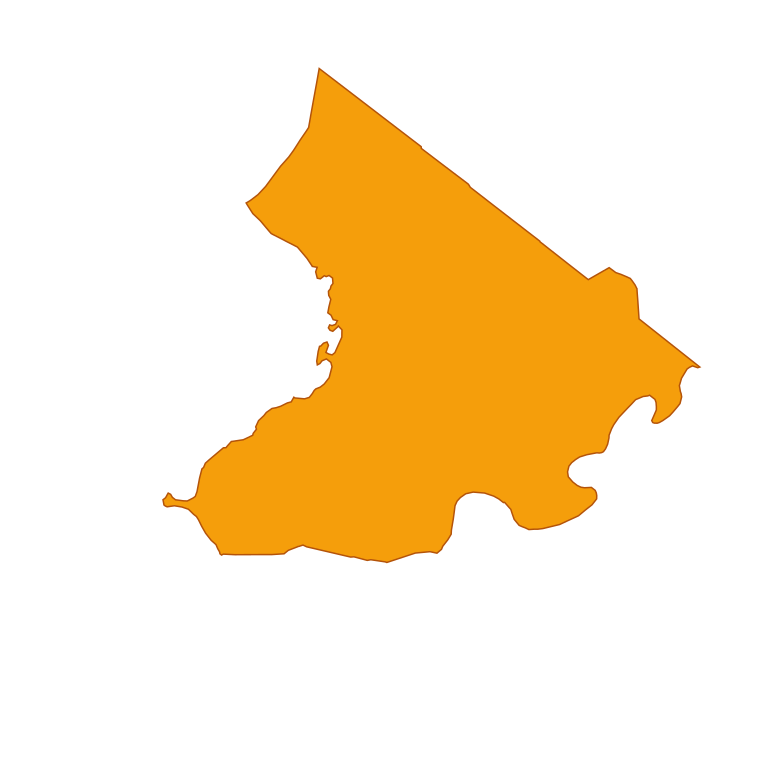 outline of Jokadu, North Bank, Gambia, rotated 38°
{"feature_id": "56634734B78170872061000", "entity_name": "Jokadu", "entity_type": "district", "adm_level": 2, "iso_a3": "GMB", "parent_name": "Gambia", "parent_adm1": "North Bank", "projection": "robinson", "projection_center": [-16.187, 13.51], "detail": "fine", "context": "isolated", "style": "filled", "palette": "amber", "viewbox_px": 768, "rotation_deg": 38, "n_neighbors": 0, "source": "geoboundaries", "source_scale": "gbopen_adm2", "svg_char_len": 3998}
<svg xmlns="http://www.w3.org/2000/svg" viewBox="0 0 768 768"><g transform="rotate(38 384 384)"><path d="M360.4,618.8L361.3,618.8L362.1,617.0L371.6,610.3L391.5,594.6L400.7,587.4L406.2,582.5L409.8,579.3L411.0,574.0L416.1,565.5L416.1,565.2L416.9,564.4L419.3,560.8L423.3,559.9L450.7,547.2L464.3,540.9L466.7,538.7L479.4,533.3L481.8,530.6L494.5,523.4L496.1,522.9L512.8,497.9L523.5,487.8L529.9,484.7L531.1,478.9L530.2,475.7L530.2,467.7L529.8,464.2L529.4,461.0L527.0,457.5L521.7,447.7L517.3,440.2L514.9,436.2L513.7,431.3L514.1,426.4L516.0,420.1L516.7,419.3L520.8,414.3L530.4,408.0L539.5,404.8L543.9,404.1L545.1,403.9L551.1,403.9L551.9,403.0L558.7,404.3L561.1,404.7L564.3,406.9L569.9,410.5L577.5,412.2L581.0,411.3L583.8,410.4L587.8,409.5L591.8,405.9L594.6,403.7L598.2,400.1L608.9,386.6L612.4,379.7L618.4,368.1L620.3,359.2L622.3,351.1L622.3,346.2L622.3,343.6L620.3,340.9L618.3,339.1L615.9,337.8L614.7,337.8L612.3,337.8L611.1,337.8L605.9,342.3L602.7,344.1L598.7,345.0L593.1,345.0L586.4,343.7L582.7,340.2L580.3,334.9L580.3,330.4L581.5,325.5L583.1,321.0L587.4,314.8L593.7,307.6L594.2,307.1L596.2,305.8L597.8,304.0L598.6,302.2L598.5,298.7L597.3,293.8L594.5,288.0L592.9,285.8L590.9,279.1L590.1,274.6L589.6,265.7L590.8,252.9L591.4,247.4L591.9,241.4L592.2,240.9L595.9,234.3L599.1,231.1L599.7,230.2L600.2,229.3L607.0,229.3L609.8,231.1L612.6,234.2L614.6,236.8L615.9,241.7L617.5,248.0L619.5,248.9L621.1,248.4L623.5,246.6L624.7,244.8L626.2,241.2L628.6,233.2L629.0,228.3L629.3,220.7L629.3,217.2L628.1,214.5L626.5,210.9L624.1,208.7L622.1,207.4L617.7,203.4L616.9,201.2L614.9,196.3L613.6,185.6L614.4,182.9L616.0,179.8L621.2,178.0L622.4,176.2L619.6,176.2L545.9,175.7L544.9,175.7L532.8,162.2L526.7,155.5L524.6,153.1L524.4,153.1L523.8,152.8L520.9,151.4L516.0,149.9L513.1,149.2L510.6,149.8L510.0,149.9L503.3,151.7L498.1,153.5L489.8,153.7L487.3,159.8L480.7,176.0L480.2,176.0L475.5,176.0L454.3,176.0L419.5,175.9L418.8,175.5L361.9,175.8L331.0,175.9L328.9,175.1L327.4,174.6L293.0,175.1L268.4,175.4L267.2,174.1L226.2,174.5L202.8,174.7L139.6,175.3L138.7,175.3L145.5,188.1L154.5,205.3L159.1,214.0L161.4,218.4L161.5,218.5L166.7,228.3L167.1,232.9L167.6,241.3L167.8,244.0L168.6,252.2L168.9,255.9L169.2,264.0L169.1,265.0L168.8,270.2L168.4,276.0L168.6,283.6L168.7,287.1L169.1,301.2L168.1,312.4L166.0,320.5L165.5,322.2L164.5,324.8L163.9,326.2L166.2,327.1L175.8,330.5L184.2,331.3L186.0,331.5L198.8,334.2L202.4,334.9L204.3,334.6L217.2,332.1L218.0,332.0L231.5,329.4L233.4,329.8L245.9,332.4L255.0,335.4L255.1,335.5L259.5,333.2L261.1,337.7L266.3,341.7L269.1,340.3L270.3,335.4L272.3,335.0L273.9,332.3L278.2,332.2L281.9,336.2L281.9,339.4L283.1,342.0L283.1,345.1L283.8,345.9L284.3,346.5L285.9,348.2L289.9,350.0L292.6,356.0L293.1,357.1L295.9,362.5L299.9,362.4L304.3,364.6L308.3,362.8L309.1,366.8L307.1,370.0L304.8,370.9L305.6,374.0L308.4,374.9L311.2,374.0L312.3,367.7L312.3,366.4L317.5,367.2L319.3,369.6L321.9,373.0L326.0,389.5L325.2,393.0L322.0,394.4L318.8,394.9L316.4,387.7L313.2,386.0L311.2,389.1L310.8,393.1L310.0,394.0L312.1,398.9L315.4,404.7L316.9,407.4L319.7,410.0L320.9,407.3L320.9,403.8L323.2,399.7L327.6,399.7L328.8,399.7L332.4,402.4L336.9,412.8L336.9,420.8L335.7,425.7L333.3,429.8L333.0,431.8L333.0,432.4L333.4,435.6L333.4,440.5L330.6,444.5L330.2,444.8L322.3,449.9L321.1,449.9L321.9,455.2L319.5,458.4L316.3,465.1L313.6,469.1L310.8,472.2L308.8,478.9L308.8,482.9L307.7,490.1L309.3,496.8L311.3,498.1L311.3,503.4L312.1,505.2L309.0,511.5L307.4,514.6L300.2,522.2L299.1,523.3L298.7,529.1L298.7,531.4L296.7,533.2L292.8,551.9L292.0,556.4L293.2,560.8L292.8,563.0L296.5,571.5L297.7,573.8L301.3,580.8L302.9,583.9L304.5,588.8L303.7,591.5L301.0,597.3L297.8,599.6L291.0,603.6L287.8,603.6L287.0,603.6L283.8,602.3L281.1,602.8L281.2,603.7L281.9,608.1L281.1,611.3L281.6,611.7L285.1,614.8L286.7,614.8L288.7,614.3L293.8,609.0L300.6,605.3L307.0,603.1L314.2,603.9L317.8,603.9L321.4,605.2L327.8,608.3L335.3,611.4L338.9,612.3L344.1,613.6L350.5,614.0L354.5,616.2L357.7,617.5L359.3,618.8L360.4,618.8Z" fill="#f59e0b" stroke="#b45309" stroke-width="1.5"/></g></svg>